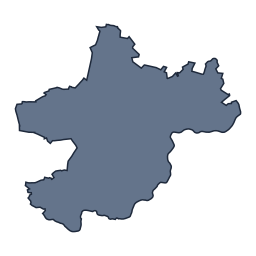 Skaistkalnes pag., Vecumnieku, Latvia
{"feature_id": "27541924B21111495244089", "entity_name": "Skaistkalnes pag.", "entity_type": "district", "adm_level": 2, "iso_a3": "LVA", "parent_name": "Latvia", "parent_adm1": "Vecumnieku", "projection": "mercator", "projection_center": [24.578, 56.379], "detail": "fine", "context": "isolated", "style": "filled", "palette": "slate", "viewbox_px": 256, "rotation_deg": 0, "n_neighbors": 0, "source": "geoboundaries", "source_scale": "gbopen_adm2", "svg_char_len": 5654}
<svg xmlns="http://www.w3.org/2000/svg" viewBox="0 0 256 256"><path d="M98.7,30.0L99.9,31.1L99.9,31.5L99.0,34.4L98.7,35.7L98.3,36.9L97.4,40.4L95.6,44.8L90.1,47.6L92.3,52.7L91.5,58.6L88.5,72.2L86.7,80.2L83.9,78.1L82.4,80.2L79.4,83.4L79.2,83.7L75.2,87.9L71.8,87.3L71.4,86.8L69.6,86.3L68.7,88.1L68.5,89.1L64.5,89.3L63.2,89.3L62.2,89.1L59.3,87.9L57.3,87.4L57.3,87.5L49.2,89.4L48.9,90.9L44.5,92.5L44.1,92.9L44.0,93.0L46.1,94.6L45.3,95.8L42.6,96.7L35.7,100.8L35.9,101.8L34.4,101.9L29.0,101.8L26.3,102.0L24.3,101.7L22.6,101.6L22.2,101.9L22.1,103.5L21.6,103.9L17.0,104.3L15.4,108.7L15.8,111.1L17.1,115.4L18.4,120.7L19.7,125.7L19.4,125.7L19.5,130.5L28.7,132.2L34.3,132.4L34.1,132.7L37.6,134.1L44.4,137.3L44.3,138.8L46.5,138.0L47.6,141.1L50.3,143.4L52.5,140.7L54.6,140.7L57.0,140.4L60.6,140.1L63.7,139.5L69.4,138.9L71.0,138.7L72.6,141.1L75.8,145.3L77.1,147.9L73.7,153.0L71.8,156.2L68.2,161.1L68.0,162.0L67.8,163.8L67.7,163.9L67.1,170.5L64.3,170.0L61.6,170.8L60.6,170.3L57.2,170.8L55.7,171.1L53.7,172.6L52.8,173.6L52.7,173.5L52.0,174.3L54.0,177.6L53.8,177.7L51.8,179.4L51.6,179.4L51.6,178.8L51.2,178.2L49.4,177.7L48.6,178.2L44.7,177.3L44.2,178.9L43.7,179.8L41.0,180.2L36.8,182.1L35.2,182.7L33.8,182.8L31.9,182.8L30.1,182.9L29.0,182.9L28.1,182.8L25.9,182.2L25.5,185.3L25.4,185.6L25.7,185.8L29.5,188.9L27.4,189.9L28.0,192.4L29.7,192.7L31.3,192.7L31.4,194.2L29.6,195.1L29.4,196.4L28.1,198.0L30.2,200.5L30.6,200.9L31.0,202.8L30.4,204.0L32.1,205.5L33.7,206.3L36.1,207.6L40.1,207.2L43.4,209.1L45.0,208.9L45.0,209.3L45.3,210.3L45.3,210.5L44.6,211.3L44.3,211.9L43.6,212.4L43.4,212.6L43.2,213.1L42.7,213.5L43.2,214.0L44.1,215.3L44.8,216.4L45.1,217.1L46.0,218.3L46.6,218.9L47.2,219.2L48.6,219.7L49.9,219.8L51.7,219.5L52.9,219.4L53.5,219.5L53.9,219.8L54.1,220.3L54.8,220.8L56.5,221.7L58.7,222.4L60.3,223.2L62.1,223.6L62.8,223.9L63.5,224.5L64.3,225.3L64.9,226.3L66.6,227.7L67.3,228.5L68.6,229.6L70.1,230.7L71.6,231.4L72.8,231.6L73.9,231.6L75.2,231.5L77.0,231.2L78.2,231.0L79.4,230.3L80.0,229.5L81.0,225.6L81.1,224.3L80.9,221.1L81.4,218.9L80.6,218.1L80.5,216.1L81.6,213.4L81.9,211.8L82.9,210.8L84.0,210.3L86.0,210.2L88.1,210.5L92.4,211.5L92.8,211.5L93.1,211.2L94.4,210.7L95.1,210.6L95.7,210.8L96.6,211.5L96.7,211.9L97.0,213.4L97.5,214.3L98.2,214.8L99.0,215.1L101.8,215.6L102.9,215.6L104.0,215.3L104.6,215.4L105.4,215.6L106.5,216.1L107.3,216.3L107.9,216.7L108.2,217.0L108.8,218.4L109.2,218.8L110.0,219.1L110.5,219.2L112.3,218.8L115.3,219.4L115.5,219.0L116.0,218.6L116.3,218.2L116.5,218.1L117.1,218.1L117.5,218.2L118.3,218.6L118.4,218.8L119.8,218.7L121.3,219.0L123.2,219.0L125.3,218.5L129.1,217.1L130.0,216.5L130.2,216.2L130.5,215.5L131.0,214.1L131.5,213.1L131.9,211.7L132.2,209.9L132.7,208.5L133.7,206.2L134.1,205.1L134.8,203.8L135.3,203.3L136.4,202.3L137.0,202.0L138.6,201.1L140.7,200.2L142.5,199.8L142.8,199.8L144.3,200.1L145.0,200.0L146.4,200.4L147.1,200.5L147.9,200.4L148.6,200.2L149.5,199.6L150.8,198.9L151.7,198.2L152.7,197.1L152.9,196.6L153.0,196.1L153.1,195.7L153.0,195.0L152.6,193.6L152.4,192.9L152.5,192.2L153.0,190.6L153.6,189.9L155.0,188.7L157.0,186.5L157.3,185.9L157.5,185.2L157.9,184.6L158.7,183.8L159.8,182.8L160.8,182.3L165.1,182.9L165.8,182.8L166.4,182.6L167.0,181.9L168.2,179.7L169.2,177.7L169.6,176.8L170.2,175.9L170.4,175.5L170.6,174.9L170.6,174.2L170.5,172.8L170.3,171.7L170.3,171.3L170.5,169.9L171.0,168.6L171.1,168.2L171.3,166.8L171.2,166.1L171.1,165.7L169.9,163.4L169.7,163.1L168.5,161.8L168.2,161.1L167.8,160.1L167.6,158.6L167.5,156.5L167.6,155.7L167.8,154.6L168.0,154.1L168.8,153.1L170.1,151.9L171.3,150.5L173.3,147.8L173.8,146.9L174.2,146.0L174.2,145.1L173.8,144.1L172.3,140.8L170.6,138.0L170.4,137.6L170.4,137.3L170.3,136.9L170.4,136.3L170.6,135.5L171.6,133.5L172.0,132.9L173.0,132.2L173.6,132.1L174.3,132.1L178.3,132.7L179.3,132.7L180.1,132.5L181.1,132.2L181.4,132.0L183.7,130.2L184.6,129.7L186.7,129.1L188.9,128.9L191.4,129.6L192.4,130.0L192.7,130.2L193.5,131.0L194.7,132.3L196.1,132.9L196.8,133.0L197.9,132.9L199.0,132.6L200.4,131.7L201.3,131.5L202.0,131.4L203.5,131.6L206.0,132.1L209.3,132.2L211.4,131.6L213.9,130.8L215.3,130.7L216.4,130.7L218.2,131.0L221.7,132.2L222.8,132.3L224.3,132.2L225.6,131.6L228.0,130.0L229.2,129.0L230.4,127.7L232.1,125.7L233.0,124.2L233.9,122.5L235.0,119.8L235.6,118.5L236.2,117.5L237.0,116.7L238.1,115.8L239.9,114.5L240.2,114.3L240.5,113.9L240.6,113.3L240.6,112.5L240.6,111.8L239.6,108.3L238.9,104.8L238.2,103.3L236.1,100.6L231.5,102.2L231.4,103.5L228.2,103.7L226.2,105.4L221.5,102.3L225.1,99.2L229.6,95.6L229.6,95.1L229.4,94.1L229.2,93.9L228.3,94.7L221.2,90.2L220.5,88.7L223.8,83.4L222.8,79.2L221.3,78.4L222.8,73.4L217.8,72.9L215.8,68.9L218.7,65.8L217.1,62.4L217.1,61.4L217.2,61.2L217.1,60.2L216.2,59.2L215.4,58.6L215.1,58.5L213.9,58.4L213.2,58.6L212.7,58.8L211.0,60.6L210.1,61.1L209.1,61.2L208.3,61.4L207.7,61.7L206.3,63.1L206.0,63.7L205.5,64.0L206.1,66.0L204.9,69.5L204.4,71.6L203.7,73.5L203.3,74.2L202.0,74.2L194.3,71.9L191.9,71.3L192.2,68.5L194.9,63.1L188.7,61.8L188.0,64.1L182.5,67.1L183.1,69.4L179.7,72.8L177.5,72.6L178.3,75.8L177.5,76.2L175.8,72.9L175.5,73.1L172.4,76.5L167.7,78.5L167.2,78.3L166.5,72.8L164.2,71.8L166.6,67.4L165.9,67.1L163.5,66.4L160.8,69.8L156.2,67.6L145.1,65.1L144.3,65.0L141.3,68.1L132.8,61.8L132.5,60.5L131.8,57.7L138.5,56.9L138.6,56.2L138.8,55.9L138.7,55.7L139.0,55.3L139.0,54.9L139.0,54.6L139.1,54.4L132.6,48.2L132.7,46.8L134.8,44.2L129.1,36.7L127.5,38.5L120.2,37.2L120.1,35.2L120.3,33.2L120.5,31.9L120.5,30.6L118.6,28.8L118.0,28.0L117.2,28.3L117.6,27.9L117.6,27.1L117.4,26.7L117.1,26.8L116.3,26.6L115.1,26.3L114.2,25.8L113.5,25.6L111.1,25.4L110.0,25.2L108.3,24.5L107.2,24.6L106.4,24.4L105.8,26.8L101.4,27.4L96.7,26.7L98.7,30.0Z" fill="#64748b" stroke="#1e293b" stroke-width="1.5"/></svg>